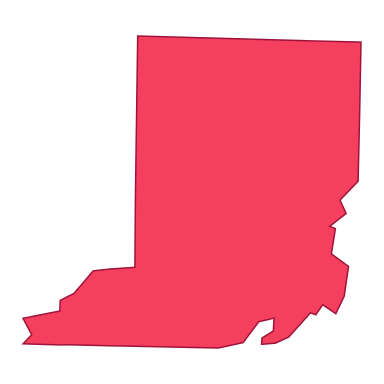 the district of Conway, Arkansas, United States of America
{"feature_id": "52423323B98678441689198", "entity_name": "Conway", "entity_type": "district", "adm_level": 2, "iso_a3": "USA", "parent_name": "United States of America", "parent_adm1": "Arkansas", "projection": "equal_earth", "projection_center": [-92.701, 35.267], "detail": "fine", "context": "isolated", "style": "filled", "palette": "rose", "viewbox_px": 384, "rotation_deg": 0, "n_neighbors": 0, "source": "geoboundaries", "source_scale": "gbopen_adm2", "svg_char_len": 588}
<svg xmlns="http://www.w3.org/2000/svg" viewBox="0 0 384 384"><path d="M359.7,111.4L361.0,42.1L308.1,40.8L137.7,36.0L135.4,197.6L134.9,267.3L110.2,269.0L93.2,270.9L74.1,293.3L60.2,300.4L59.8,311.0L23.0,318.3L31.7,334.7L23.1,343.8L59.1,344.9L70.1,344.8L102.2,345.6L218.4,348.0L243.1,342.6L258.8,321.7L274.1,318.1L273.3,331.0L262.0,338.0L261.6,344.3L275.3,343.2L288.7,337.1L310.5,312.8L315.8,314.8L322.7,304.7L335.8,313.7L344.2,296.1L348.5,266.5L331.4,253.9L335.4,228.7L329.7,226.3L346.1,213.5L340.0,200.1L358.1,181.2L359.7,111.4Z" fill="#f43f5e" stroke="#9f1239" stroke-width="1.5"/></svg>